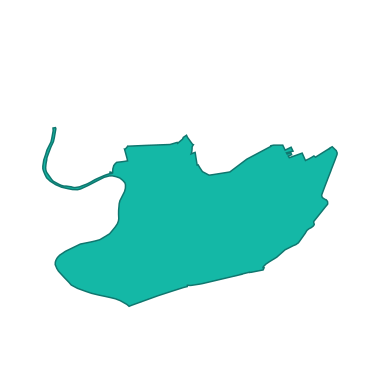 Skrunda, Skrundas, Latvia, rotated 166°
{"feature_id": "27541924B8322531432805", "entity_name": "Skrunda", "entity_type": "district", "adm_level": 2, "iso_a3": "LVA", "parent_name": "Latvia", "parent_adm1": "Skrundas", "projection": "equal_earth", "projection_center": [22.017, 56.673], "detail": "fine", "context": "isolated", "style": "filled", "palette": "teal", "viewbox_px": 384, "rotation_deg": 166, "n_neighbors": 0, "source": "geoboundaries", "source_scale": "gbopen_adm2", "svg_char_len": 3333}
<svg xmlns="http://www.w3.org/2000/svg" viewBox="0 0 384 384"><g transform="rotate(166 192 192)"><path d="M141.8,99.2L140.4,101.0L141.4,101.4L140.9,102.2L140.0,102.8L139.3,103.2L137.7,104.2L133.6,105.7L125.6,108.2L115.7,113.4L111.2,114.4L106.9,115.4L104.0,115.8L102.0,116.6L101.3,116.8L100.0,117.8L92.3,124.4L89.8,126.9L87.5,128.0L84.9,128.6L82.8,129.5L82.0,130.1L81.3,130.8L81.2,131.7L81.3,132.1L81.2,133.6L80.8,134.1L73.6,139.6L66.7,144.9L63.4,147.3L63.0,148.4L62.8,150.1L63.7,152.0L64.0,152.0L65.5,153.5L66.5,154.6L67.0,155.6L67.0,157.3L66.9,157.7L65.1,160.4L61.6,165.5L58.3,170.2L58.1,170.4L57.7,171.1L52.1,179.0L51.7,179.6L51.4,180.1L45.9,187.9L42.2,193.3L41.7,194.8L42.0,197.2L45.0,202.0L47.7,201.3L47.7,200.9L48.5,200.6L48.5,200.9L63.8,195.9L65.0,197.5L67.4,196.7L70.8,195.8L74.3,195.1L75.7,203.1L89.3,201.7L89.9,203.6L87.9,203.9L87.3,204.0L86.3,204.1L86.6,206.2L90.5,205.8L90.9,207.2L84.1,207.2L85.0,211.5L91.5,210.1L92.6,215.5L101.3,217.7L103.3,217.8L104.4,217.8L104.4,217.2L130.9,210.6L150.4,202.3L151.8,202.4L166.6,203.7L170.7,204.1L171.5,204.3L177.0,209.3L177.3,210.3L177.4,210.5L178.5,213.6L179.5,216.9L180.5,216.8L180.5,217.2L180.4,217.8L180.1,221.6L179.8,225.1L179.4,229.2L179.4,229.7L183.6,229.2L183.0,230.0L182.1,232.1L181.5,233.8L181.0,235.6L180.6,236.2L179.2,237.6L179.9,238.0L183.2,246.2L183.6,248.4L187.2,247.1L188.4,245.6L194.2,242.7L194.4,243.7L201.8,243.4L226.1,248.5L242.9,251.9L243.2,252.1L244.9,250.7L246.6,249.8L247.1,250.0L246.9,240.6L247.0,237.8L249.7,238.0L253.3,238.4L257.9,239.0L259.6,238.1L261.5,236.6L263.2,233.6L264.3,230.0L265.7,230.7L267.2,231.5L265.7,229.4L266.8,229.5L267.9,229.7L268.6,229.6L270.8,229.5L273.3,229.2L276.9,228.6L279.8,228.1L283.0,227.5L285.2,226.9L287.9,226.1L291.3,225.3L293.2,225.0L297.0,224.6L299.7,224.2L301.2,224.3L304.3,224.6L304.8,224.7L305.4,224.9L306.5,225.4L307.8,226.2L310.0,227.1L312.7,228.2L315.0,228.8L317.4,230.2L319.3,231.7L324.0,236.0L325.1,238.0L325.8,239.8L328.3,246.3L328.5,248.6L328.1,251.1L327.7,252.2L327.6,252.6L326.5,255.5L325.3,258.0L324.5,260.3L322.3,263.6L318.0,269.8L317.3,270.7L316.1,272.1L314.2,274.5L312.5,277.9L308.8,286.3L308.9,287.5L311.4,287.7L311.9,285.0L315.2,277.7L316.8,274.6L322.6,267.8L324.9,263.9L328.1,258.9L330.5,253.1L331.1,250.6L331.0,248.2L330.4,244.3L329.6,240.9L326.9,236.7L322.4,232.0L317.4,228.2L311.5,225.2L307.4,223.3L302.5,221.9L299.4,221.9L291.4,223.4L281.3,225.8L273.7,227.5L268.4,227.6L265.5,227.0L261.9,225.2L258.7,223.1L256.4,220.1L254.9,217.2L254.8,215.1L255.7,211.8L257.3,208.8L264.1,200.9L265.5,198.2L266.3,195.8L267.6,192.1L268.6,188.3L269.5,183.9L270.4,181.7L272.1,179.2L275.1,176.5L278.6,173.9L282.0,171.4L287.7,169.6L293.1,168.0L297.9,167.9L302.6,168.0L312.9,168.5L329.1,165.1L335.7,162.7L336.9,161.9L337.6,161.5L339.0,160.4L340.6,158.6L341.6,157.0L342.3,154.6L341.8,151.5L341.7,150.6L340.7,147.5L339.1,144.5L336.5,139.7L334.8,136.8L333.2,134.0L331.7,131.0L329.5,129.0L326.4,126.2L321.8,123.1L319.3,121.4L314.0,118.0L307.3,114.5L301.5,111.7L300.5,111.2L296.3,109.1L292.1,106.9L288.0,104.0L282.4,98.7L280.7,96.3L278.0,96.7L250.0,99.6L234.2,100.7L223.3,101.4L219.5,101.4L219.1,102.6L216.5,101.8L215.5,101.6L207.2,100.8L203.9,100.6L164.4,100.1L164.6,100.3L160.0,100.3L157.0,100.3L155.7,100.3L155.7,100.0L155.1,100.0L154.2,99.8L142.5,99.2L141.8,99.2Z" fill="#14b8a6" stroke="#0f766e" stroke-width="1.5"/></g></svg>